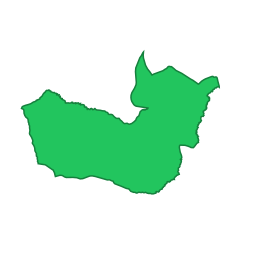 Siem Bouk, Stœng Trêng, Cambodia, rotated 346°
{"feature_id": "14789045B16861695729461", "entity_name": "Siem Bouk", "entity_type": "district", "adm_level": 2, "iso_a3": "KHM", "parent_name": "Cambodia", "parent_adm1": "Stœng Trêng", "projection": "mercator", "projection_center": [105.84, 13.315], "detail": "fine", "context": "isolated", "style": "filled", "palette": "green", "viewbox_px": 256, "rotation_deg": 346, "n_neighbors": 0, "source": "geoboundaries", "source_scale": "gbopen_adm2", "svg_char_len": 5801}
<svg xmlns="http://www.w3.org/2000/svg" viewBox="0 0 256 256"><g transform="rotate(346 128 128)"><path d="M45.8,157.5L50.5,157.4L51.9,157.8L52.9,158.3L54.6,160.1L56.2,161.1L62.6,162.6L66.4,163.9L69.3,165.8L71.9,166.2L78.7,165.4L79.7,165.4L81.7,165.8L84.7,167.2L94.9,173.1L95.5,173.4L97.6,173.8L99.1,175.1L100.8,176.1L100.9,177.5L101.7,178.9L107.4,182.9L111.6,186.1L112.9,186.8L113.3,186.8L113.6,187.1L114.0,187.2L115.4,190.1L117.9,191.8L119.3,192.1L119.8,192.7L120.9,193.3L122.4,193.0L123.2,193.0L124.2,193.5L125.6,193.9L126.6,193.8L127.4,194.5L128.2,194.7L128.7,194.8L129.4,194.6L130.8,195.8L132.6,196.7L133.5,196.7L135.2,197.7L136.7,198.0L139.3,197.9L139.6,197.7L139.7,196.8L140.1,196.5L142.1,197.5L142.8,197.2L142.7,196.9L143.5,196.4L144.3,195.7L145.3,195.5L146.0,195.6L146.5,195.4L146.7,194.6L148.0,194.0L148.2,193.5L149.8,193.0L150.1,192.4L150.0,191.9L150.9,191.7L151.4,191.3L152.5,190.8L152.5,190.6L153.1,189.6L153.4,189.6L154.0,190.0L154.6,189.9L154.9,190.4L156.3,190.0L156.4,189.4L157.8,188.9L158.1,189.0L158.7,188.9L158.8,189.0L159.2,188.7L160.5,189.1L160.4,188.3L162.0,186.8L163.0,186.4L163.8,185.7L165.0,185.7L165.6,185.3L166.5,185.3L166.4,183.8L166.0,183.5L165.8,182.4L165.9,182.1L166.9,181.2L166.8,180.1L167.2,179.1L167.4,178.8L168.4,178.5L169.1,177.7L169.3,176.3L169.4,176.2L169.9,176.1L170.3,175.7L170.4,174.9L171.0,174.6L171.8,173.0L171.7,172.3L171.2,171.1L171.3,171.0L171.6,171.1L172.3,171.6L172.5,171.4L172.3,170.7L173.1,169.5L173.2,167.5L172.8,163.9L173.1,159.3L173.7,157.7L174.3,157.3L174.7,157.3L179.2,158.6L181.6,160.0L183.6,161.4L184.4,162.2L186.6,162.9L187.8,162.2L191.1,159.5L192.9,159.0L192.9,157.8L193.1,157.4L193.4,157.3L193.6,156.4L193.4,155.3L193.7,154.8L193.3,154.3L193.3,153.6L193.5,153.2L194.1,153.0L193.6,152.4L193.7,151.6L192.9,151.0L193.2,150.5L192.8,149.8L193.1,149.7L193.4,149.4L193.1,149.1L193.7,148.8L193.9,148.5L193.4,147.8L193.7,146.8L194.4,146.6L194.5,146.1L195.1,145.6L195.3,145.0L196.2,144.4L195.7,143.5L195.8,143.3L196.9,142.1L196.8,141.7L197.6,141.4L198.0,141.0L198.0,140.2L198.3,140.0L198.7,140.2L199.7,139.9L199.9,139.2L200.8,138.9L201.0,138.7L200.7,136.8L201.6,134.9L201.8,134.7L202.9,134.6L203.8,134.9L204.2,134.4L204.7,134.2L204.5,133.4L204.7,132.8L205.1,132.4L205.1,132.0L204.9,131.5L205.0,131.0L204.8,130.8L205.1,130.0L205.6,130.0L206.1,129.5L207.0,129.1L207.2,129.3L207.7,129.1L208.3,128.7L208.5,128.1L208.9,128.2L209.1,127.9L209.0,127.4L209.3,127.0L208.9,126.8L208.9,126.5L209.0,126.1L209.5,125.3L209.5,124.7L210.3,124.5L210.6,123.9L210.5,123.7L210.9,123.4L211.2,122.4L211.7,121.9L212.3,121.7L212.6,121.3L213.6,121.1L213.9,120.0L214.1,119.8L214.4,118.6L214.3,118.2L213.7,118.7L213.5,117.3L213.3,117.2L213.1,116.6L212.5,116.0L212.7,115.4L213.6,115.0L213.6,114.7L214.1,114.3L215.2,113.8L216.1,113.8L217.9,112.5L218.2,112.5L218.4,112.8L218.5,112.6L219.0,112.7L219.1,112.2L219.5,111.9L219.8,111.2L220.3,111.1L221.0,111.2L222.0,110.3L222.9,110.2L223.4,110.4L223.8,110.0L225.0,109.7L226.2,110.1L226.4,110.4L226.6,109.4L226.5,104.2L226.6,102.0L226.5,100.5L226.0,99.9L225.0,99.6L223.9,99.6L223.4,99.3L223.0,98.6L222.2,98.3L220.7,98.4L215.0,99.1L213.4,99.5L210.8,100.4L207.3,102.4L206.8,102.4L202.5,97.4L200.5,95.6L193.4,88.0L188.4,83.7L187.0,81.6L185.2,79.2L184.8,78.9L183.6,78.6L183.3,78.3L182.5,78.1L181.6,78.3L179.8,79.6L178.0,80.0L175.7,80.9L166.1,81.9L164.1,82.4L162.8,78.8L161.3,75.6L160.2,71.4L159.9,63.9L160.4,60.9L161.4,58.0L160.7,58.5L158.5,61.0L156.5,62.7L150.1,71.6L148.9,75.1L147.1,85.7L146.3,87.9L144.0,90.9L140.3,94.7L138.9,97.0L138.2,99.3L138.0,101.4L138.2,103.4L139.2,106.5L139.8,107.5L140.8,108.5L141.4,108.9L152.2,113.4L152.0,113.9L151.0,114.3L149.6,114.3L149.0,114.6L147.5,114.2L147.7,113.9L146.7,113.8L145.6,114.1L144.7,114.7L143.9,115.0L141.5,118.8L139.4,119.8L138.4,120.8L137.5,122.2L135.4,123.4L132.8,124.5L130.5,124.7L129.6,124.4L128.3,123.2L125.7,122.9L125.4,122.7L124.5,121.6L123.5,119.7L122.6,118.6L122.0,117.4L121.8,116.6L120.8,116.2L119.8,116.1L118.7,115.5L117.3,113.7L116.2,111.6L115.4,110.9L112.8,110.2L112.3,109.8L112.2,108.7L111.7,107.9L110.4,107.1L109.6,105.9L107.3,105.1L105.4,104.1L102.2,103.0L101.4,102.5L100.6,101.1L100.2,101.1L99.7,101.6L99.3,101.8L98.9,101.6L98.2,101.6L98.1,101.0L97.3,100.5L97.2,100.2L96.4,100.2L95.6,100.9L94.8,100.6L94.5,99.9L93.7,99.6L93.0,100.0L92.9,99.5L93.1,99.2L93.0,98.4L92.8,97.8L92.5,97.5L91.9,97.4L91.4,97.6L90.8,96.8L91.2,96.2L91.1,95.3L90.3,94.6L89.1,94.1L87.6,94.1L87.5,93.9L87.8,92.8L87.4,92.9L87.2,93.2L86.8,92.8L86.7,93.0L86.4,92.9L86.5,92.5L86.3,92.0L85.7,91.5L84.3,91.7L84.0,91.6L83.6,90.9L83.3,90.9L82.8,91.5L82.2,90.8L81.1,90.9L80.2,90.3L80.1,90.0L80.4,89.7L80.0,89.4L79.4,89.5L78.8,89.9L77.8,89.8L76.8,89.6L76.0,89.1L74.7,89.0L73.5,88.6L73.7,88.1L73.3,87.5L73.5,86.8L73.3,86.2L71.3,84.5L71.1,84.3L71.3,83.6L70.5,83.5L70.4,83.0L69.4,82.1L69.4,81.7L69.9,81.3L69.9,80.9L69.8,80.6L68.9,80.3L68.7,79.7L69.1,79.1L68.3,79.0L67.7,78.8L67.2,78.5L66.9,78.5L67.0,78.2L67.6,78.2L67.7,77.9L67.3,77.9L66.9,77.1L66.0,76.8L65.1,76.0L64.9,75.6L64.1,75.7L61.8,74.0L61.9,73.4L61.1,73.1L61.1,72.6L60.9,72.3L60.6,72.4L60.1,72.3L60.0,72.0L59.4,72.2L58.2,71.8L57.0,72.4L56.0,73.4L55.5,73.4L54.9,73.9L54.4,74.1L52.3,76.3L49.8,77.5L49.7,78.0L49.3,78.6L47.5,78.7L47.1,78.9L46.6,78.8L46.2,79.1L45.7,79.0L45.1,79.6L43.8,79.9L42.5,79.9L39.6,80.9L37.4,81.1L33.8,81.2L31.4,81.5L30.5,81.8L29.4,83.3L30.8,84.3L31.2,85.1L31.2,86.1L30.7,88.6L30.9,90.8L31.5,92.7L32.7,94.3L33.1,95.3L32.7,98.4L33.0,99.3L32.7,100.4L33.0,102.2L32.5,104.1L32.3,106.5L31.1,109.4L31.1,110.3L32.1,113.4L32.6,116.5L32.4,117.9L31.6,119.2L31.5,119.8L32.2,121.7L32.6,123.6L32.6,125.2L32.2,127.7L33.0,130.9L32.6,131.5L32.6,132.4L32.3,132.9L33.0,134.5L32.5,135.8L32.5,138.0L32.1,138.5L32.2,139.2L32.5,139.8L32.2,140.9L38.9,143.7L44.7,150.3L45.1,150.4L45.8,153.5L45.8,157.5Z" fill="#22c55e" stroke="#15803d" stroke-width="1.5"/></g></svg>